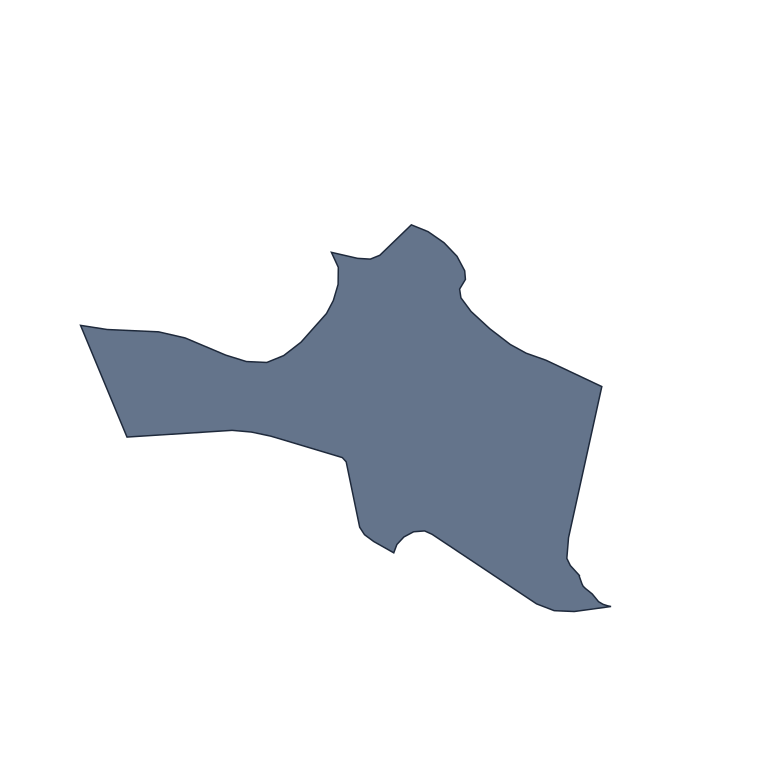 an SVG outline of Nueva Vizcaya, rotated 115°
{"feature_id": "PHL-2553", "entity_name": "Nueva Vizcaya", "entity_type": "Province", "adm_level": 1, "iso_a3": "PHL", "parent_name": "Philippines", "parent_adm1": "", "projection": "equal_earth", "projection_center": [121.162, 16.271], "detail": "fine", "context": "isolated", "style": "filled", "palette": "slate", "viewbox_px": 768, "rotation_deg": 115, "n_neighbors": 0, "source": "natural_earth", "source_scale": "10m", "svg_char_len": 935}
<svg xmlns="http://www.w3.org/2000/svg" viewBox="0 0 768 768"><g transform="rotate(115 384 384)"><path d="M540.7,594.5L459.1,683.8L451.6,657.9L432.0,610.4L426.3,583.6L424.7,539.6L421.8,518.2L414.0,499.3L400.6,486.9L381.2,476.9L344.4,465.9L329.8,465.2L313.1,467.7L297.6,474.7L286.9,487.3L281.3,461.1L276.6,449.2L269.1,442.2L228.2,426.5L227.3,408.4L230.6,389.3L237.4,371.8L247.3,358.7L254.8,354.4L266.0,355.6L273.4,350.7L281.5,335.7L289.2,311.5L294.8,286.3L296.0,268.2L294.0,247.3L294.3,185.5L445.3,151.8L464.8,144.6L469.8,138.4L475.0,125.9L475.8,125.7L481.4,120.2L483.1,118.1L484.2,115.0L486.3,106.5L490.6,97.6L491.1,92.4L490.5,87.6L489.7,84.2L509.8,115.4L514.5,126.7L517.5,134.0L518.8,152.8L499.9,276.9L500.0,285.1L505.4,294.7L514.2,301.3L524.0,304.5L532.9,303.8L531.1,326.8L528.8,338.0L524.1,345.5L470.5,385.4L468.3,390.7L479.1,464.5L483.6,483.9L490.2,502.1L540.7,594.5Z" fill="#64748b" stroke="#1e293b" stroke-width="1.5"/></g></svg>